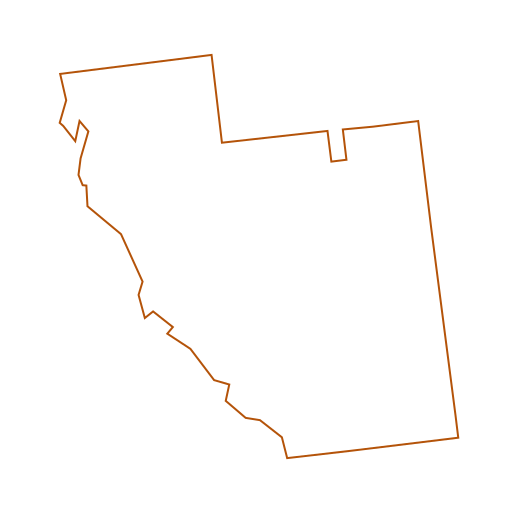 Jeff Davis, Georgia, United States of America, rotated 263°
{"feature_id": "52423323B63822520478885", "entity_name": "Jeff Davis", "entity_type": "district", "adm_level": 2, "iso_a3": "USA", "parent_name": "United States of America", "parent_adm1": "Georgia", "projection": "albers", "projection_center": [-82.62, 31.822], "detail": "fine", "context": "isolated", "style": "outline", "palette": "amber", "viewbox_px": 512, "rotation_deg": 263, "n_neighbors": 0, "source": "geoboundaries", "source_scale": "gbopen_adm2", "svg_char_len": 628}
<svg xmlns="http://www.w3.org/2000/svg" viewBox="0 0 512 512"><g transform="rotate(263 256 256)"><path d="M262.9,433.3L370.2,433.4L370.1,387.9L371.0,357.6L340.5,357.5L340.5,342.3L371.4,342.2L372.6,236.0L461.0,236.4L460.6,83.8L433.7,86.6L412.1,77.4L408.5,80.6L392.0,90.6L411.5,97.3L400.1,104.8L374.3,93.8L358.1,89.7L347.4,92.6L346.6,96.2L325.9,94.8L294.1,124.7L244.4,140.3L231.7,134.7L208.0,138.1L213.5,147.1L195.6,164.8L189.7,158.5L171.8,179.6L137.9,199.3L131.7,213.8L115.9,208.3L96.6,226.0L92.6,239.9L72.9,259.6L51.6,262.3L51.1,327.0L51.0,434.6L73.8,434.6L262.9,433.3Z" fill="none" stroke="#b45309" stroke-width="2"/></g></svg>